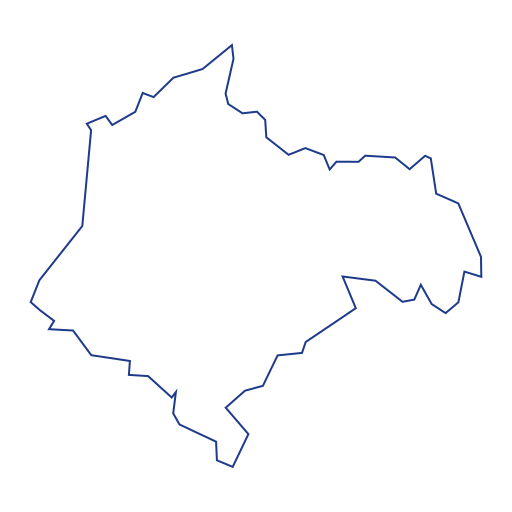 outline of Morgan, Kentucky, United States of America
{"feature_id": "52423323B87580730769564", "entity_name": "Morgan", "entity_type": "district", "adm_level": 2, "iso_a3": "USA", "parent_name": "United States of America", "parent_adm1": "Kentucky", "projection": "orthographic", "projection_center": [-83.237, 37.914], "detail": "fine", "context": "isolated", "style": "outline", "palette": "blue", "viewbox_px": 512, "rotation_deg": 0, "n_neighbors": 0, "source": "geoboundaries", "source_scale": "gbopen_adm2", "svg_char_len": 925}
<svg xmlns="http://www.w3.org/2000/svg" viewBox="0 0 512 512"><path d="M40.1,310.3L54.1,320.9L49.0,329.2L73.0,330.5L91.3,355.2L129.9,361.0L128.9,374.9L148.1,376.1L171.7,397.5L175.9,392.0L173.2,413.4L179.5,424.5L216.1,441.7L216.9,460.3L232.7,466.9L248.4,434.1L225.7,407.7L245.0,390.7L262.9,385.8L277.6,355.4L302.0,352.9L305.7,342.0L355.8,308.2L342.6,276.5L375.5,280.7L402.5,301.8L414.3,299.6L420.8,284.8L431.7,304.1L445.6,313.1L458.4,302.3L464.4,271.6L481.3,276.8L481.0,256.9L458.3,203.4L436.2,193.7L430.8,158.4L425.1,155.8L409.6,169.2L395.2,157.5L365.2,155.7L358.5,161.8L336.4,161.7L329.7,169.5L323.7,155.0L305.3,148.1L288.6,154.8L266.3,137.3L265.2,119.9L257.0,111.7L242.5,113.3L228.2,104.0L225.6,93.5L233.5,58.8L231.9,45.1L202.6,69.0L173.4,77.7L153.6,97.1L142.7,93.0L135.3,111.8L112.2,125.0L105.6,115.9L86.8,123.7L91.1,130.2L82.3,226.0L39.4,280.2L30.7,302.1L40.1,310.3Z" fill="none" stroke="#1e3a8a" stroke-width="2"/></svg>